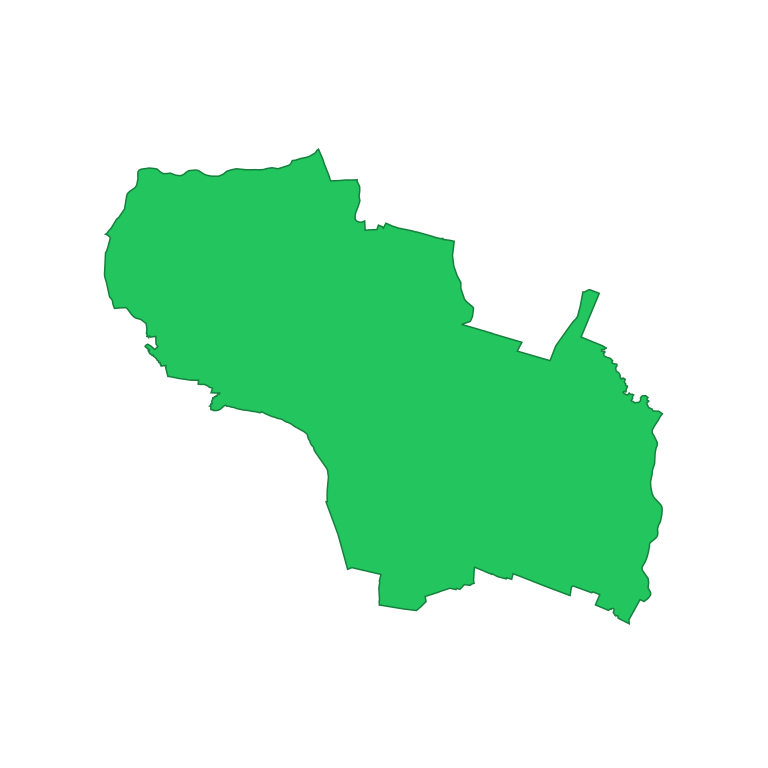 Recas, Timis, Romania (Albers equal-area conic projection), rotated 281°
{"feature_id": "2599482B57862880882591", "entity_name": "Recas", "entity_type": "district", "adm_level": 2, "iso_a3": "ROU", "parent_name": "Romania", "parent_adm1": "Timis", "projection": "albers", "projection_center": [21.537, 45.827], "detail": "fine", "context": "isolated", "style": "filled", "palette": "green", "viewbox_px": 768, "rotation_deg": 281, "n_neighbors": 0, "source": "geoboundaries", "source_scale": "gbopen_adm2", "svg_char_len": 6149}
<svg xmlns="http://www.w3.org/2000/svg" viewBox="0 0 768 768"><g transform="rotate(281 384 384)"><path d="M350.7,664.0L357.6,664.8L368.0,663.3L372.9,663.3L376.0,663.9L378.6,663.5L384.8,658.8L387.1,656.6L390.0,656.1L394.6,657.6L400.7,660.1L404.1,661.1L407.9,663.0L409.7,658.9L409.0,654.5L409.0,653.1L410.8,651.6L411.3,648.3L415.4,645.5L415.8,645.6L417.3,647.2L418.0,647.0L418.2,645.7L418.6,645.2L419.5,645.1L421.1,645.7L422.5,643.0L421.7,639.9L419.5,638.4L417.2,639.0L415.9,638.6L414.5,637.5L414.0,635.3L413.3,633.6L414.3,632.1L414.4,630.6L414.6,630.0L415.0,629.8L417.2,630.8L419.1,630.3L420.9,631.1L421.3,629.6L420.9,627.7L421.9,626.4L419.6,625.2L419.9,623.3L420.9,620.7L421.3,620.4L422.0,620.5L422.5,621.1L422.3,622.5L422.5,623.0L423.4,623.1L424.4,622.6L427.2,623.4L428.4,623.3L428.4,622.1L428.7,621.6L430.7,621.0L430.8,620.4L431.8,619.5L434.6,619.9L435.5,617.6L434.5,616.9L434.2,615.8L435.6,615.0L436.0,614.2L437.3,614.3L439.0,613.1L439.7,612.4L441.1,609.4L444.1,608.3L446.4,609.2L447.4,609.0L447.9,608.4L447.7,606.5L448.1,604.0L448.7,603.7L450.5,604.0L452.4,601.2L452.7,598.0L453.6,594.6L455.8,593.8L457.3,594.8L457.9,594.6L457.5,593.2L457.8,591.3L459.2,591.1L459.6,592.0L459.5,593.5L460.9,594.3L461.3,595.2L461.8,595.2L462.9,591.8L463.1,591.7L467.7,568.5L514.1,578.0L515.8,568.3L515.6,567.1L512.3,562.8L512.4,561.7L497.7,561.8L487.3,561.1L484.7,560.0L481.5,557.9L477.5,555.9L454.4,545.4L438.6,542.5L438.7,541.5L441.7,508.5L451.2,511.4L454.1,481.3L454.2,479.9L454.4,480.0L456.5,458.1L457.2,449.3L457.7,449.5L461.9,456.8L467.1,458.0L475.5,457.4L476.5,456.6L480.4,449.5L482.5,446.9L492.5,441.2L498.2,440.1L504.0,435.3L513.1,430.0L523.3,426.7L537.5,425.7L537.6,421.0L537.2,414.7L537.2,414.3L538.1,414.1L537.5,411.6L537.7,406.9L538.4,400.6L539.5,387.3L539.3,385.3L539.7,382.4L539.8,368.3L540.6,362.3L542.2,355.2L536.9,353.6L538.1,352.4L537.9,352.1L538.2,351.6L538.9,348.2L534.2,347.6L533.0,342.2L532.5,341.0L532.4,339.4L531.8,338.2L531.4,336.1L540.4,333.9L538.7,331.6L538.1,329.0L538.7,326.4L539.3,325.2L540.7,324.1L543.8,323.6L546.7,323.5L553.4,324.8L559.2,325.4L563.7,323.7L569.1,323.3L573.2,322.4L577.8,318.9L579.4,318.7L579.0,317.8L576.7,306.5L575.4,302.2L573.2,293.1L574.4,292.1L578.1,290.2L588.6,283.4L592.6,281.3L602.0,274.9L600.8,273.7L597.9,272.5L597.2,271.9L593.2,267.3L591.6,264.4L589.3,258.8L586.7,254.2L585.9,251.4L582.9,250.6L580.9,249.5L575.1,239.0L574.9,232.7L573.2,228.0L571.4,224.5L570.1,219.0L570.0,217.6L568.1,208.7L567.1,198.0L565.1,193.2L562.9,189.1L559.3,186.2L556.7,182.4L556.3,181.4L555.1,174.9L555.1,170.1L555.7,167.1L558.1,161.2L558.2,158.6L556.2,151.7L553.9,149.2L551.9,147.8L549.7,144.8L549.2,140.0L550.2,134.0L549.1,130.5L548.4,127.3L549.4,124.1L551.7,120.3L551.7,117.7L551.2,112.3L550.7,110.9L548.5,104.6L547.0,102.7L545.3,102.0L540.9,102.7L539.0,103.3L532.3,103.3L529.7,102.5L524.3,97.4L521.8,95.8L519.5,95.5L506.3,95.9L497.0,91.9L494.8,90.1L484.8,86.4L482.5,84.9L478.9,83.2L477.9,82.1L477.7,83.6L476.0,86.8L474.8,87.5L465.2,86.8L461.9,86.4L459.7,85.6L437.7,88.8L434.7,90.0L431.5,91.8L417.2,98.0L416.7,98.4L416.3,99.3L413.9,101.5L410.2,102.9L406.8,105.0L408.1,109.6L408.3,109.6L408.5,111.2L409.6,115.5L409.6,116.2L408.8,117.8L404.4,122.5L402.1,125.8L401.3,128.1L401.0,132.9L397.9,139.0L392.6,140.8L388.0,141.2L387.8,142.1L385.5,142.1L385.6,143.0L384.6,144.2L386.3,144.4L386.4,145.1L385.5,146.0L387.2,150.9L379.7,152.6L377.6,154.8L374.1,152.4L376.5,148.5L377.9,144.8L377.9,144.3L376.9,143.2L375.3,142.3L374.3,143.7L374.3,144.3L373.6,145.0L373.6,145.7L372.0,146.2L372.7,147.1L372.2,147.3L371.1,146.6L369.1,148.3L369.0,148.9L367.9,150.8L368.3,152.0L367.5,152.0L366.4,154.4L364.8,156.4L364.1,156.7L363.4,158.4L362.2,158.7L362.0,159.3L362.3,160.1L361.6,160.2L360.6,161.3L360.2,160.9L359.1,161.8L359.3,162.8L360.1,164.3L359.9,165.2L360.5,166.3L359.2,166.8L358.3,166.6L350.2,170.4L350.4,172.3L350.3,181.5L350.9,193.8L352.3,201.2L348.4,201.6L348.6,204.2L349.1,206.2L349.3,208.1L348.4,211.5L347.6,212.9L347.1,216.5L342.4,215.9L342.9,219.9L343.9,224.4L342.8,224.4L342.7,223.2L341.4,222.3L340.4,222.2L340.1,221.7L340.2,221.4L339.4,221.1L339.1,220.0L337.3,219.1L337.5,218.5L336.3,218.7L333.9,218.1L332.1,219.2L331.5,218.8L331.4,217.8L329.8,217.8L329.1,217.1L328.9,218.3L327.2,218.8L326.5,218.6L325.7,219.3L326.1,220.7L325.4,221.4L325.7,222.3L325.5,223.0L325.8,223.5L326.1,225.0L327.1,227.0L328.4,228.5L332.1,231.3L332.9,232.5L332.2,234.0L332.5,235.0L332.4,237.6L332.2,238.0L332.3,241.5L331.8,244.1L331.6,251.0L331.9,252.3L332.0,255.1L331.9,255.8L332.1,256.3L332.0,259.1L332.3,263.8L332.1,267.6L332.6,268.8L333.5,269.4L332.2,273.2L330.8,279.7L330.5,283.6L330.0,285.4L329.9,290.5L329.2,292.0L328.0,295.7L328.0,296.9L327.0,300.7L325.4,303.9L321.9,314.7L320.2,317.9L319.9,318.3L315.8,320.2L313.6,322.3L312.6,322.6L310.2,324.5L308.9,326.5L306.5,327.9L306.0,327.9L304.0,329.6L292.5,341.5L289.8,344.2L288.3,345.1L282.1,347.2L269.2,348.5L262.2,349.7L257.8,350.8L257.5,349.6L257.2,349.6L227.5,367.6L195.1,383.7L197.6,387.4L196.5,417.4L189.8,417.0L188.3,417.7L182.7,417.9L171.3,420.8L169.6,420.7L166.0,421.7L166.2,422.2L166.9,445.7L167.8,459.0L172.9,463.1L178.4,466.8L183.3,465.0L190.0,477.2L191.0,478.6L196.1,487.7L195.9,493.9L197.2,494.1L197.0,497.8L202.4,501.1L202.8,506.9L204.9,509.0L205.5,510.5L208.2,509.4L219.5,507.9L221.5,508.0L217.7,526.0L218.4,526.1L216.6,532.2L216.0,541.1L217.1,541.2L216.7,546.6L222.4,546.9L221.2,554.2L216.4,580.0L211.8,607.0L220.1,606.7L221.3,607.5L221.8,608.3L218.7,627.8L219.8,628.8L218.4,636.0L207.5,633.7L204.6,647.6L206.2,648.9L206.1,649.6L206.6,649.7L206.5,650.3L207.4,651.0L207.3,652.1L206.8,652.8L206.1,653.1L203.5,652.6L200.9,655.1L200.5,655.9L201.1,656.7L200.9,658.0L198.8,658.5L195.4,670.5L199.2,669.4L221.2,676.5L220.1,680.8L223.9,684.1L227.3,685.8L228.8,685.9L230.3,685.4L234.3,682.1L239.6,681.7L243.6,680.3L250.4,673.2L252.6,672.4L253.8,672.4L259.5,674.4L263.7,675.2L269.3,675.6L275.4,675.6L277.2,675.1L278.2,675.3L279.1,675.7L284.5,680.1L286.0,680.9L287.8,681.4L289.7,681.3L294.1,680.1L298.1,680.5L301.8,681.6L309.4,681.6L314.5,680.9L316.6,680.1L318.4,678.5L324.2,670.5L327.8,668.0L333.6,665.6L339.0,664.3L346.1,664.4L350.7,664.0Z" fill="#22c55e" stroke="#15803d" stroke-width="1.5"/></g></svg>